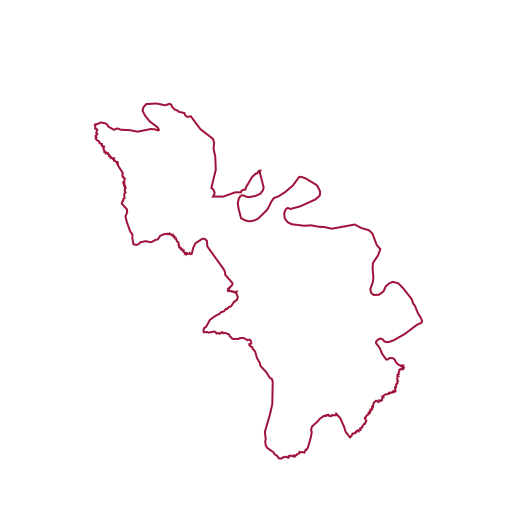 outline of Zabzugu, Northern, Ghana, rotated 143°
{"feature_id": "2480657B72410528378772", "entity_name": "Zabzugu", "entity_type": "district", "adm_level": 2, "iso_a3": "GHA", "parent_name": "Ghana", "parent_adm1": "Northern", "projection": "mercator", "projection_center": [0.33, 9.091], "detail": "fine", "context": "isolated", "style": "outline", "palette": "rose", "viewbox_px": 512, "rotation_deg": 143, "n_neighbors": 0, "source": "geoboundaries", "source_scale": "gbopen_adm2", "svg_char_len": 6020}
<svg xmlns="http://www.w3.org/2000/svg" viewBox="0 0 512 512"><g transform="rotate(143 256 256)"><path d="M201.2,321.6L202.8,322.3L205.5,321.2L206.6,322.0L211.7,321.4L222.4,317.0L224.5,315.4L226.7,316.7L228.6,316.7L229.8,315.9L234.3,319.4L246.4,323.1L254.6,329.3L252.1,330.3L250.8,331.8L250.1,334.9L250.7,337.2L236.2,349.1L228.8,359.8L225.4,367.1L221.2,371.8L219.9,375.5L224.1,391.0L224.0,406.9L226.7,408.1L227.6,409.3L227.8,411.1L227.2,413.3L230.8,417.5L231.3,419.6L232.7,421.8L233.3,425.4L232.6,427.8L233.5,429.6L237.7,430.9L243.6,437.6L252.2,443.4L256.7,442.4L259.2,440.3L260.1,434.7L259.9,427.5L257.2,418.1L257.4,415.7L257.7,415.1L258.8,415.3L260.5,418.0L263.4,420.6L275.8,426.6L280.8,432.2L288.0,438.2L289.9,441.3L293.5,442.3L296.1,448.2L295.7,450.3L296.3,452.3L299.7,456.2L302.9,456.7L304.9,457.8L305.7,457.0L306.1,457.3L306.5,455.8L307.8,454.6L306.7,452.5L309.6,450.4L309.4,448.8L312.0,448.4L312.0,446.9L313.3,446.5L313.4,444.4L312.3,441.8L313.0,440.1L311.7,438.1L312.8,437.0L312.2,435.9L312.5,435.4L311.6,434.7L313.5,433.3L313.7,431.1L314.5,430.7L314.6,429.9L313.3,428.9L314.0,428.1L312.3,427.4L312.8,426.1L312.4,425.4L313.2,424.3L312.5,423.9L313.0,422.2L312.3,422.3L312.2,420.8L310.7,419.6L311.8,419.1L311.4,418.5L311.9,417.7L311.4,417.6L311.1,415.5L310.1,414.5L310.8,414.2L310.7,413.3L311.3,413.2L311.0,412.4L311.7,411.5L312.5,402.2L313.8,401.5L314.6,399.9L314.3,399.5L314.9,399.0L314.1,396.8L316.2,395.2L317.7,394.8L318.1,393.9L317.3,393.4L318.5,392.5L318.3,391.4L319.0,391.3L318.8,389.7L319.5,389.5L319.4,388.6L321.4,387.7L322.0,385.3L322.6,385.6L324.4,384.3L326.1,381.3L327.8,381.3L328.8,380.0L329.9,380.0L331.7,378.6L331.0,371.0L332.5,368.5L336.4,366.2L338.6,361.2L341.7,351.3L341.6,347.8L344.3,344.2L346.8,339.1L344.7,336.7L342.4,336.1L340.2,336.6L335.1,334.2L332.2,330.7L330.5,329.9L326.8,329.4L324.4,328.4L320.4,329.7L319.1,329.5L316.2,328.7L313.4,327.1L313.2,326.2L311.6,326.1L311.7,325.4L310.8,324.4L311.0,323.5L309.9,323.1L310.3,322.8L309.4,321.0L310.3,320.6L309.5,319.2L309.9,318.6L309.3,318.3L310.3,315.4L309.8,314.3L310.4,312.0L311.4,311.3L311.3,310.0L312.1,309.3L312.1,308.5L311.2,307.9L311.9,306.2L310.8,305.7L311.1,304.6L310.4,304.0L311.4,303.3L310.6,301.2L311.4,300.5L310.1,300.1L310.5,299.2L309.2,299.5L309.2,298.8L307.8,297.9L307.2,298.2L307.0,296.7L306.0,296.4L301.0,300.4L296.8,302.6L288.6,302.1L286.6,300.6L286.1,297.7L289.1,293.0L289.8,264.4L290.5,261.6L291.9,259.5L291.1,248.6L292.5,247.1L298.9,246.5L297.3,246.0L299.4,245.3L299.2,244.5L296.9,243.0L296.6,241.8L295.3,241.3L295.2,240.0L292.9,239.2L294.3,238.1L295.1,234.2L297.9,232.3L299.9,232.7L300.7,232.2L301.3,232.6L306.1,230.8L308.4,231.6L311.1,231.1L311.5,231.9L315.0,231.1L317.8,232.2L319.6,231.8L325.6,232.7L331.3,232.7L338.4,229.5L341.1,229.6L343.4,227.4L343.5,226.4L340.8,224.7L340.0,223.3L334.9,220.9L334.1,219.5L334.2,217.9L332.7,217.3L332.1,216.0L331.0,215.6L330.4,216.1L328.7,215.3L328.9,214.2L327.0,213.2L324.7,209.6L325.2,208.1L324.6,203.9L319.9,200.3L318.5,200.2L315.6,198.3L314.0,195.6L313.8,194.1L311.5,193.1L311.1,191.9L312.0,189.5L312.8,189.0L314.3,189.7L314.8,189.2L315.0,188.2L313.9,185.3L314.5,184.2L314.2,180.1L316.5,174.2L317.5,167.7L318.6,165.7L317.7,157.2L318.3,150.8L317.3,147.8L318.5,145.3L332.1,127.9L340.8,120.6L354.9,110.1L358.2,104.2L360.3,102.3L362.2,98.9L362.5,95.8L360.1,88.6L360.5,86.7L359.4,83.5L359.5,80.6L357.6,78.9L355.4,79.0L354.4,78.1L352.9,77.8L351.7,75.5L351.1,75.4L350.2,76.5L348.5,75.8L347.6,74.3L346.2,74.1L346.3,72.8L345.6,72.5L345.0,73.4L343.5,72.5L342.6,73.0L340.4,72.5L339.1,73.3L338.7,72.3L337.0,71.6L335.8,69.9L332.8,71.4L332.4,70.9L329.9,71.7L321.2,78.3L317.4,81.9L316.8,83.8L314.0,86.1L305.4,86.9L303.4,87.6L297.9,87.4L297.2,86.7L296.3,86.7L296.0,85.9L294.9,86.3L293.8,85.7L293.9,84.4L292.2,82.7L291.3,83.3L288.2,80.8L286.9,81.8L286.3,75.6L288.6,66.0L290.2,61.7L290.1,54.5L287.9,54.9L285.7,56.1L284.8,55.3L283.3,55.0L282.3,55.5L282.0,54.9L281.0,55.6L280.1,55.5L279.6,54.4L279.1,55.0L278.8,54.5L277.0,54.2L276.7,55.6L274.3,55.2L274.0,55.8L270.6,56.8L270.3,56.4L267.1,57.9L266.8,60.9L265.9,61.4L265.2,61.2L263.3,62.1L261.6,61.8L260.9,62.6L260.0,62.1L259.8,63.2L258.5,62.7L257.8,63.8L256.5,63.6L256.7,64.4L255.0,64.1L254.2,65.6L253.7,65.0L252.9,65.4L252.5,66.3L250.2,67.9L247.2,68.2L246.1,65.7L244.7,66.7L243.6,65.1L242.6,65.6L241.9,65.2L241.4,66.0L239.9,66.5L239.8,67.5L239.0,66.7L238.4,67.6L236.9,67.8L233.0,66.2L232.5,66.6L232.2,65.9L231.4,66.4L230.5,65.5L229.4,65.4L229.3,64.8L228.4,64.6L227.9,65.1L227.7,64.4L226.5,64.0L226.3,64.9L225.6,64.6L224.5,67.0L223.4,66.8L223.1,67.8L222.4,67.8L221.3,69.2L219.6,69.2L219.1,70.3L217.9,70.6L218.0,71.4L216.7,73.5L215.9,74.4L214.9,74.3L215.2,75.0L214.2,76.2L213.1,75.7L212.4,77.0L210.6,77.9L210.0,78.9L208.6,78.7L207.4,77.4L206.4,78.3L205.9,78.3L205.9,77.4L205.0,77.8L205.8,79.3L205.0,79.1L204.2,79.9L206.4,81.5L207.7,83.5L208.1,86.8L207.6,90.3L208.3,92.1L210.8,94.2L213.2,94.1L214.3,95.0L214.1,102.2L212.5,108.4L212.6,114.1L211.8,115.2L209.6,115.8L206.6,115.4L205.1,113.6L204.9,110.7L203.8,108.9L201.8,107.4L196.6,105.8L184.2,104.2L169.2,104.2L163.9,103.1L162.6,104.0L161.6,107.4L161.0,113.4L159.0,120.7L159.2,123.2L157.6,127.9L157.9,141.8L158.8,148.6L162.3,153.0L165.9,154.0L170.6,153.7L175.5,151.0L181.2,151.1L185.5,154.1L186.2,157.3L184.7,160.7L178.7,164.6L175.4,167.9L170.4,175.8L166.9,180.0L158.3,183.0L152.6,186.6L153.0,192.0L149.5,203.9L150.3,208.6L155.1,215.0L158.2,221.7L179.1,232.2L183.9,237.9L188.1,241.4L193.4,247.2L199.5,251.3L208.2,259.7L210.2,263.3L210.5,265.8L210.2,269.3L207.9,273.0L204.4,275.3L202.7,275.4L201.7,275.2L200.1,272.8L190.7,269.0L174.5,265.4L168.9,265.8L166.6,268.0L165.8,269.7L164.9,274.7L165.0,276.5L169.7,288.2L172.3,292.1L174.1,293.1L184.3,290.1L194.1,289.5L202.1,290.1L206.8,291.5L210.8,290.3L217.7,286.8L220.6,286.0L231.8,284.6L235.3,285.2L239.7,287.1L242.8,290.3L245.2,295.1L241.7,303.7L238.8,309.2L235.0,312.3L232.4,313.2L231.1,313.1L229.5,311.9L228.1,309.2L226.0,307.1L220.3,304.3L214.8,303.1L210.5,304.5L208.5,306.4L202.9,320.0L201.2,321.6Z" fill="none" stroke="#9f1239" stroke-width="2"/></g></svg>